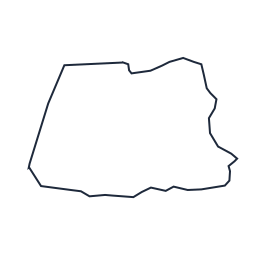 outline of Ödeshög, Östergötland, Sweden, rotated 352°
{"feature_id": "70781695B38762641138003", "entity_name": "Ödeshög", "entity_type": "district", "adm_level": 2, "iso_a3": "SWE", "parent_name": "Sweden", "parent_adm1": "Östergötland", "projection": "natural_earth1", "projection_center": [14.746, 58.253], "detail": "fine", "context": "isolated", "style": "outline", "palette": "slate", "viewbox_px": 256, "rotation_deg": 352, "n_neighbors": 0, "source": "geoboundaries", "source_scale": "gbopen_adm2", "svg_char_len": 737}
<svg xmlns="http://www.w3.org/2000/svg" viewBox="0 0 256 256"><g transform="rotate(352 128 128)"><path d="M231.8,173.5L226.7,167.8L214.6,158.9L208.5,144.5L209.5,129.5L216.6,120.7L219.6,111.8L214.5,105.0L214.2,104.5L211.5,99.6L210.5,86.0L209.5,75.1L202.4,71.7L192.7,66.5L192.4,66.3L178.3,68.3L170.3,71.0L158.2,74.4L139.1,74.4L137.1,71.0L137.1,64.9L131.8,62.2L131.6,62.4L73.8,57.0L73.7,57.0L52.4,92.6L25.6,149.6L24.2,153.5L24.6,153.3L33.8,173.4L63.4,181.6L72.6,184.1L80.4,190.3L80.5,190.3L96.0,191.1L103.9,192.9L107.6,193.7L123.7,197.2L132.7,193.3L142.4,190.2L156.6,195.5L165.0,192.4L178.5,197.7L192.1,199.0L215.9,198.5L221.1,194.2L223.0,185.0L222.3,179.7L228.8,175.8L231.8,173.5Z" fill="none" stroke="#1e293b" stroke-width="2"/></g></svg>